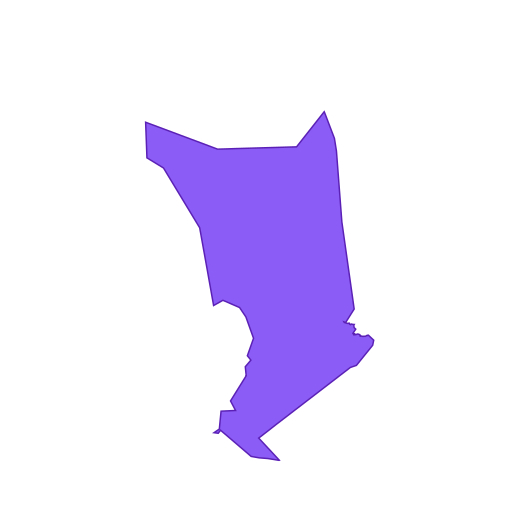 Jones, North Carolina, United States of America, rotated 51°
{"feature_id": "52423323B45605902717918", "entity_name": "Jones", "entity_type": "district", "adm_level": 2, "iso_a3": "USA", "parent_name": "United States of America", "parent_adm1": "North Carolina", "projection": "orthographic", "projection_center": [-77.17, 35.012], "detail": "fine", "context": "isolated", "style": "filled", "palette": "violet", "viewbox_px": 512, "rotation_deg": 51, "n_neighbors": 0, "source": "geoboundaries", "source_scale": "gbopen_adm2", "svg_char_len": 2004}
<svg xmlns="http://www.w3.org/2000/svg" viewBox="0 0 512 512"><g transform="rotate(51 256 256)"><path d="M82.6,257.6L110.3,278.4L111.1,279.0L129.4,272.5L198.6,282.0L236.8,303.0L248.2,309.3L250.2,310.4L267.8,320.1L269.6,309.6L285.7,301.2L297.0,302.2L318.4,309.7L328.1,325.5L333.7,325.5L335.3,334.0L342.8,338.9L342.8,339.1L342.7,339.3L342.9,339.5L343.1,339.6L352.6,367.0L363.2,369.1L354.6,380.8L367.4,393.4L366.9,399.8L370.0,396.9L369.1,393.2L408.7,385.9L414.8,380.6L420.9,374.2L429.3,366.7L429.4,366.4L399.2,368.5L399.5,354.8L399.6,347.1L402.0,252.8L404.2,246.8L398.8,221.5L395.5,217.5L388.2,218.5L388.0,218.8L387.9,219.0L387.8,219.3L387.8,219.5L387.7,219.5L387.6,219.8L387.5,220.0L387.4,220.1L387.4,220.3L387.4,220.5L387.4,220.8L387.3,221.0L387.3,221.3L387.2,221.5L387.1,221.8L386.9,221.9L386.9,222.0L386.7,222.2L386.5,222.4L386.4,222.5L386.3,222.8L386.2,222.8L386.0,223.0L385.9,223.1L385.8,223.3L385.7,223.4L385.7,223.5L385.5,223.8L385.4,223.8L385.2,224.0L384.9,224.2L384.9,224.3L384.7,224.4L384.5,224.5L384.4,224.7L384.3,224.9L384.2,225.0L384.1,225.3L383.9,225.4L383.7,225.5L383.5,225.4L383.4,225.4L383.2,225.2L383.2,224.9L382.8,224.9L382.6,224.9L382.4,224.9L382.3,225.0L382.2,225.0L381.9,225.2L381.7,225.3L381.4,225.5L381.2,225.7L381.0,225.8L380.9,225.8L380.8,226.0L380.6,226.1L380.5,226.3L380.4,226.4L380.4,226.5L380.3,226.8L380.2,226.9L380.2,227.0L380.2,227.3L380.1,227.5L380.0,227.8L379.9,228.0L379.7,228.3L379.4,228.4L379.2,228.4L378.9,228.4L378.7,228.3L378.6,228.2L378.4,228.3L378.3,228.5L378.2,228.8L378.3,228.9L378.4,229.0L378.5,229.0L378.8,229.2L378.9,229.3L379.0,229.4L379.0,229.5L377.1,229.4L375.6,224.5L373.6,224.8L372.8,224.5L371.2,223.4L371.0,222.8L369.7,224.2L369.1,224.4L368.8,225.8L367.9,226.2L367.4,225.7L366.8,225.8L366.0,227.3L363.2,229.2L362.6,229.1L364.1,228.2L359.0,213.1L348.2,206.6L283.5,167.8L282.2,166.9L225.0,127.4L213.9,121.0L187.9,112.5L186.8,112.2L196.7,155.8L159.9,204.0L155.0,210.5L148.8,218.6L82.6,257.6Z" fill="#8b5cf6" stroke="#5b21b6" stroke-width="1.5"/></g></svg>